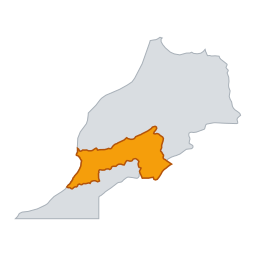 Souss - Massa - Draâ on a map of Morocco (Mercator projection)
{"feature_id": "MAR-1455", "entity_name": "Souss - Massa - Draâ", "entity_type": "Region", "adm_level": 1, "iso_a3": "MAR", "parent_name": "Morocco", "parent_adm1": "", "projection": "mercator", "projection_center": [-8.042, 30.523], "detail": "fine", "context": "in_parent", "style": "filled", "palette": "amber", "viewbox_px": 256, "rotation_deg": 0, "n_neighbors": 0, "source": "natural_earth", "source_scale": "10m", "svg_char_len": 5335}
<svg xmlns="http://www.w3.org/2000/svg" viewBox="0 0 256 256"><path d="M17.6,216.5L19.3,213.5L22.2,212.1L28.3,211.4L37.3,208.9L45.3,205.1L47.6,203.6L50.1,200.5L54.1,196.5L61.7,191.7L65.2,189.1L70.5,182.3L74.1,176.8L77.0,173.2L79.0,170.0L80.5,166.7L81.3,161.5L80.7,159.4L78.5,156.1L77.0,155.2L76.6,153.6L77.4,150.8L77.4,145.9L77.8,138.2L80.3,131.9L86.4,123.7L87.5,120.3L88.2,114.9L88.3,113.0L95.9,105.3L100.4,99.4L102.0,97.9L105.9,95.2L119.7,89.3L127.4,85.0L132.0,81.9L134.7,78.2L142.2,63.7L149.5,43.0L150.2,40.6L153.4,40.0L155.8,39.7L157.6,38.9L160.0,37.3L162.2,38.0L161.1,39.0L161.1,41.6L162.7,44.6L165.4,47.9L170.4,52.2L174.3,53.9L179.8,54.9L186.3,53.1L189.9,53.0L191.7,52.2L193.6,53.4L197.3,53.8L200.8,53.2L203.4,51.4L205.1,49.3L205.4,50.3L205.5,51.4L206.0,52.1L207.0,54.7L207.6,55.7L209.6,55.5L211.4,56.0L215.3,55.8L219.1,56.2L219.7,57.9L220.8,59.3L224.7,62.3L227.0,64.2L227.1,64.9L226.4,66.4L226.0,67.5L226.7,68.6L228.1,70.0L228.2,70.7L227.9,71.4L227.1,72.9L228.7,77.2L229.0,81.4L228.6,84.4L228.6,86.1L228.8,87.5L230.1,90.9L229.2,96.4L230.2,99.4L231.6,101.9L232.4,106.2L233.5,108.3L235.3,110.1L236.3,110.7L238.4,112.2L239.8,113.4L240.6,115.3L238.8,116.8L237.4,118.2L237.0,119.6L237.7,122.0L237.7,123.2L236.7,123.6L233.0,123.5L230.0,123.4L226.6,123.3L221.9,123.1L218.9,122.9L214.9,122.7L213.5,122.8L209.8,123.5L207.2,124.0L206.7,124.1L205.9,124.7L205.3,126.4L204.8,128.4L204.3,129.2L196.4,132.1L193.4,132.5L191.6,132.2L190.3,132.4L189.2,133.0L188.8,133.9L188.8,135.1L189.0,136.3L189.8,137.9L189.9,139.6L189.4,140.7L189.3,141.9L189.1,143.1L189.5,143.8L190.3,143.9L191.0,144.5L192.1,145.0L193.0,146.0L192.9,147.4L192.2,148.2L191.5,148.7L188.6,149.0L186.3,149.3L183.2,151.6L180.0,154.0L176.1,155.6L174.5,156.0L171.5,157.1L168.0,159.0L166.2,162.0L164.0,165.5L161.9,167.8L159.0,170.0L156.3,170.8L152.9,171.9L148.7,172.7L145.6,172.9L144.7,173.1L142.1,173.2L140.8,173.0L139.8,172.9L139.4,173.2L139.3,173.7L139.2,174.9L139.1,176.4L138.2,177.6L137.6,178.1L136.9,178.3L134.7,178.0L132.8,177.6L128.4,177.1L127.5,177.2L127.1,177.4L125.8,178.2L123.6,179.9L122.2,181.4L121.1,182.1L118.5,182.5L117.4,183.0L112.6,186.7L111.5,187.6L106.6,190.9L105.2,191.9L104.1,193.0L101.1,195.4L99.2,196.4L98.9,197.1L98.8,198.5L98.8,201.7L98.8,204.8L98.8,209.3L98.8,213.7L98.8,218.7L15.4,218.7L17.6,216.5Z" fill="#d9dde1" stroke="#a8b0b8" stroke-width="1"/><path d="M171.6,164.1L169.7,165.2L168.1,166.4L166.0,168.2L164.1,169.5L162.3,171.5L161.0,174.0L159.3,176.7L157.3,179.3L155.5,179.9L153.9,179.3L153.3,177.3L150.9,177.6L148.7,178.1L146.4,178.1L143.7,178.1L142.3,178.2L139.9,172.7L139.5,171.4L139.7,170.7L140.9,168.6L141.0,168.0L140.3,167.7L139.2,167.5L138.7,166.8L138.2,164.7L138.1,163.8L138.6,162.2L138.9,161.5L137.9,160.1L136.4,159.0L135.4,158.6L133.9,158.9L133.0,159.3L132.4,160.4L131.8,160.9L130.9,161.1L129.5,161.1L128.3,160.7L126.8,160.6L126.1,161.4L125.3,162.8L124.7,164.0L124.1,165.0L122.1,164.6L121.4,164.2L120.7,164.2L120.1,164.1L118.4,164.3L117.5,164.9L116.7,165.5L116.0,166.3L113.0,166.3L112.1,166.6L111.5,167.4L111.1,168.5L110.5,169.1L109.6,169.5L108.6,168.9L107.5,168.9L105.9,169.1L104.7,170.0L102.0,170.1L100.8,169.8L99.5,169.8L99.0,170.6L98.7,171.3L98.8,171.9L99.0,172.4L98.6,173.0L98.5,173.5L98.5,174.1L98.6,178.0L98.9,179.2L99.4,180.4L99.5,181.0L99.0,181.3L98.4,181.5L97.7,181.8L95.2,180.7L93.2,180.8L91.4,181.4L90.6,182.4L90.1,183.4L89.7,183.3L89.4,182.9L88.8,182.9L87.2,183.3L86.2,183.6L85.2,183.7L84.2,183.6L83.4,183.6L82.0,184.6L81.1,184.7L80.2,184.4L79.4,184.0L78.2,184.5L77.8,185.1L77.5,186.0L76.6,186.9L75.7,186.8L74.7,187.0L73.8,187.5L72.4,188.8L71.6,188.8L70.8,188.4L70.4,187.9L69.8,187.7L69.4,187.6L68.1,187.7L66.8,187.0L67.8,185.6L68.3,185.0L68.6,184.7L69.3,184.4L69.6,184.1L70.1,183.4L70.6,182.8L70.8,182.4L70.9,182.0L71.0,181.8L71.6,181.3L71.7,181.2L71.9,180.7L72.6,179.6L72.8,179.3L72.8,178.9L72.9,178.4L73.1,178.0L73.3,177.6L74.2,176.8L74.3,176.6L74.4,176.2L75.2,175.2L77.6,172.5L79.5,169.1L80.7,166.3L80.9,165.5L81.2,162.8L81.5,161.4L81.6,160.9L81.5,160.3L81.3,160.1L81.0,159.9L80.7,159.5L80.5,159.2L80.0,158.1L79.8,157.4L79.7,157.3L79.5,157.2L79.3,157.2L79.1,157.0L78.8,156.4L77.4,155.5L77.0,155.5L76.6,155.4L76.3,155.1L76.4,154.2L76.8,153.4L77.3,152.7L77.6,152.0L77.7,151.5L77.7,151.2L77.5,150.8L77.5,150.7L77.6,150.2L77.5,148.3L78.6,149.1L79.3,150.4L80.0,151.2L80.9,151.1L82.0,150.6L82.7,150.0L84.5,150.1L86.7,150.0L88.5,150.8L90.6,150.8L92.0,150.6L92.8,150.2L93.6,149.6L95.5,148.4L96.2,148.1L96.7,148.5L97.1,149.0L97.2,149.7L97.5,150.1L98.0,150.1L99.0,149.8L100.4,149.7L104.8,149.6L107.4,148.9L108.4,148.4L110.0,148.7L110.9,148.6L111.7,148.0L112.5,146.6L113.6,145.4L114.8,144.4L116.1,143.8L117.0,143.6L117.7,143.0L124.1,140.0L125.1,139.1L125.8,138.4L126.3,138.0L126.7,137.7L127.4,138.2L128.1,138.7L129.2,138.9L130.4,139.3L132.2,139.3L133.8,138.9L134.8,138.0L135.7,136.7L139.8,134.9L140.7,134.7L141.9,133.9L147.7,131.0L151.3,128.5L152.4,127.1L155.1,126.3L156.4,127.0L156.7,128.4L155.8,130.0L154.1,132.1L153.7,133.5L154.4,133.8L155.5,133.9L156.8,133.5L157.8,133.7L158.9,134.2L159.8,135.1L162.7,137.1L163.4,138.5L163.0,140.9L161.7,145.0L161.6,146.4L161.7,147.5L161.2,149.0L160.7,149.5L160.6,150.2L160.7,151.3L161.2,151.7L161.9,152.4L162.2,153.2L162.8,154.2L163.5,155.0L163.5,156.1L163.1,157.0L163.3,158.3L164.3,159.3L165.3,159.6L166.8,160.9L168.8,162.2L171.6,164.1Z" fill="#f59e0b" stroke="#b45309" stroke-width="1.5"/></svg>